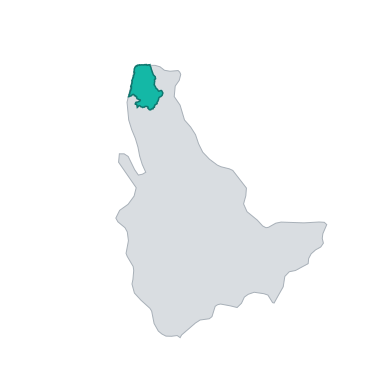 Salvaleón de Higüey, La Altagracia, Dominican Republic shown in context, rotated 240°
{"feature_id": "3306468B87904766376188", "entity_name": "Salvaleón de Higüey", "entity_type": "district", "adm_level": 2, "iso_a3": "DOM", "parent_name": "Dominican Republic", "parent_adm1": "La Altagracia", "projection": "natural_earth1", "projection_center": [-68.511, 18.662], "detail": "fine", "context": "in_parent", "style": "filled", "palette": "teal", "viewbox_px": 384, "rotation_deg": 240, "n_neighbors": 0, "source": "geoboundaries", "source_scale": "gbopen_adm2", "svg_char_len": 6194}
<svg xmlns="http://www.w3.org/2000/svg" viewBox="0 0 384 384"><g transform="rotate(240 192 192)"><path d="M71.9,256.8L72.3,242.3L74.3,236.4L72.5,230.2L64.3,223.6L59.3,215.1L54.8,207.6L55.9,206.5L64.8,206.2L68.0,203.4L74.1,195.7L75.3,189.5L74.8,184.8L70.9,179.2L69.4,173.3L74.3,168.2L80.7,160.7L81.6,157.8L81.4,154.9L74.1,147.0L73.6,143.6L77.1,135.0L76.8,129.3L73.4,111.5L71.8,108.9L75.1,107.4L77.3,102.1L80.2,97.4L84.1,94.9L88.4,93.3L97.0,93.4L109.0,97.5L112.3,97.4L123.8,93.7L133.3,91.6L142.3,94.0L145.9,97.2L153.2,102.3L156.9,103.8L168.6,103.7L171.8,104.2L181.6,112.6L189.8,116.0L194.6,116.1L203.2,112.9L207.5,113.0L212.3,120.2L213.3,130.5L217.4,139.8L223.6,145.8L254.5,143.3L261.4,148.2L259.0,152.3L254.6,154.5L240.0,153.5L233.5,154.0L232.2,158.0L232.2,161.8L240.8,162.7L249.2,164.6L257.8,167.6L266.5,169.7L276.3,171.0L286.0,173.2L302.2,180.6L320.0,197.3L324.8,201.2L327.9,206.4L326.4,212.9L320.0,223.5L316.4,226.9L311.2,229.0L307.6,233.3L304.1,240.7L301.9,241.3L299.4,241.0L295.1,236.8L292.1,230.4L283.5,224.3L273.2,225.1L258.1,221.5L249.0,223.3L239.9,223.7L230.5,221.8L221.1,221.2L211.7,223.5L202.6,227.4L199.3,229.8L193.4,235.9L190.3,238.1L168.2,241.1L161.8,236.7L155.9,230.7L147.4,229.8L135.0,234.5L127.3,236.2L124.1,238.2L123.2,240.5L123.1,249.0L121.4,254.1L109.3,273.5L102.4,287.2L99.6,291.4L96.4,292.4L90.5,284.5L86.7,281.6L82.0,280.2L80.0,276.0L80.1,270.1L78.9,264.3L76.1,259.8L71.9,256.8Z" fill="#d9dde1" stroke="#a8b0b8" stroke-width="1"/><path d="M284.2,201.8L285.2,202.4L285.3,202.6L285.3,202.9L285.5,203.1L285.7,203.3L286.1,203.8L286.0,204.3L286.0,204.6L285.9,205.7L286.0,206.0L286.7,206.1L286.9,206.3L287.3,206.9L287.6,207.8L288.1,208.2L288.5,208.9L288.9,209.2L289.1,209.6L289.5,209.8L289.8,209.9L289.9,210.0L290.0,210.4L290.3,210.8L290.4,211.1L290.4,211.9L290.2,212.5L290.3,212.9L290.6,214.4L292.1,216.1L292.4,216.3L292.5,216.3L294.6,216.4L295.1,216.3L295.3,216.1L295.7,215.1L295.7,214.1L295.8,213.8L295.9,213.6L296.4,213.4L298.3,213.4L299.5,212.7L300.0,212.7L300.4,212.9L300.8,212.9L303.1,212.9L303.8,212.8L304.2,213.4L305.3,214.0L306.3,214.9L306.8,215.2L307.3,215.3L308.2,215.8L308.3,215.9L308.3,216.1L308.2,216.5L308.1,216.8L308.2,217.0L308.3,217.1L309.1,217.4L309.7,217.5L310.3,217.8L311.1,217.5L311.8,217.4L312.5,217.1L313.2,217.2L314.1,217.3L314.7,217.5L315.5,217.5L316.0,217.7L316.9,217.8L317.4,218.0L318.6,218.1L319.7,218.5L320.2,218.6L320.7,218.8L322.6,218.8L323.3,219.2L323.4,218.8L323.4,218.7L323.6,218.5L323.6,218.3L323.7,218.2L323.8,217.9L323.6,217.9L323.8,217.8L323.8,217.7L324.0,217.6L324.0,216.7L324.2,216.4L324.4,216.4L324.5,216.6L324.7,216.4L324.9,216.4L325.0,216.2L325.1,215.9L325.3,215.9L325.3,215.7L325.4,215.4L325.5,215.4L325.5,215.1L325.7,214.7L325.9,214.5L326.1,214.4L326.1,214.2L326.2,213.6L326.3,213.5L326.5,213.3L326.6,213.1L326.8,212.7L327.1,212.3L327.3,212.0L327.5,211.5L327.5,211.3L327.6,211.2L327.8,210.9L327.9,210.7L328.0,210.6L327.9,210.5L327.9,210.4L328.1,210.5L328.5,209.9L328.5,209.6L328.6,209.2L328.8,208.9L328.8,208.7L329.0,208.4L328.9,208.3L329.0,208.0L329.0,207.9L328.9,207.9L328.9,208.0L328.7,208.0L328.6,207.8L328.6,207.7L328.9,207.7L328.9,207.8L329.0,207.8L329.1,207.6L329.0,207.3L329.1,207.2L329.1,206.7L329.0,206.4L328.8,206.4L328.7,206.3L328.7,206.1L329.0,206.1L329.0,205.8L328.8,205.6L328.7,205.4L328.5,205.2L328.4,205.1L328.4,204.8L328.3,204.7L327.8,204.1L327.7,204.0L327.6,203.7L327.4,203.6L327.2,203.5L327.1,203.4L326.8,203.1L326.5,203.1L326.3,203.0L326.1,202.8L326.0,202.6L325.9,202.5L325.8,202.4L325.6,202.3L325.5,202.2L325.4,202.2L325.2,202.0L325.1,201.8L324.9,201.7L324.8,201.9L324.6,202.1L324.3,202.1L324.1,202.0L323.8,201.7L323.7,201.7L323.5,201.4L323.2,201.1L322.9,200.9L322.7,200.7L322.4,200.1L322.0,199.4L321.9,199.4L321.7,199.3L321.5,199.2L321.1,198.9L320.9,198.6L320.7,198.6L320.5,198.4L320.4,198.4L320.3,198.2L320.2,198.0L320.3,197.7L320.2,197.6L320.0,197.4L319.9,197.4L319.7,197.2L319.5,196.9L319.3,196.7L319.2,196.5L319.0,196.4L318.9,196.2L318.6,195.7L318.4,195.5L318.0,195.6L317.7,195.5L317.7,195.4L317.4,195.3L317.2,195.1L316.9,194.9L316.7,194.8L316.6,194.5L316.4,194.3L316.2,194.3L316.2,194.2L315.9,193.9L315.6,193.7L315.4,193.4L315.2,193.2L314.7,192.8L314.6,192.6L314.4,192.4L314.3,192.2L314.3,191.9L314.2,191.8L314.1,191.7L313.9,191.6L313.7,191.8L313.7,192.0L313.3,192.2L313.2,192.1L313.0,191.9L312.8,191.6L312.5,191.6L312.3,191.5L312.3,191.4L312.1,191.3L312.2,191.2L311.9,191.0L311.9,190.9L311.5,190.5L311.3,190.4L311.2,190.2L311.0,189.9L310.8,189.9L310.7,189.6L310.7,189.4L310.5,189.2L310.3,189.2L310.2,189.1L310.2,188.9L310.0,188.7L309.7,188.5L309.7,188.4L309.5,188.2L309.4,188.0L309.2,187.9L309.0,187.7L308.9,187.6L308.7,187.4L308.4,187.4L308.2,187.2L308.0,186.9L307.9,186.6L307.9,186.4L307.7,186.4L307.5,186.2L307.4,186.2L307.2,186.2L307.0,185.9L306.9,186.0L306.7,185.8L306.5,185.7L306.8,185.7L306.8,185.8L306.9,185.7L306.7,185.3L306.6,185.1L306.5,184.9L306.3,184.7L306.2,184.9L306.0,185.4L306.0,185.6L306.1,186.0L306.1,186.3L305.7,186.9L305.7,187.3L305.7,188.0L306.0,188.5L306.1,188.8L306.1,189.5L306.0,189.8L305.6,190.3L305.0,190.5L304.4,190.2L304.2,190.2L304.1,190.3L303.8,190.9L303.6,191.3L303.2,191.3L302.8,191.1L302.7,191.1L302.0,191.7L301.8,191.7L301.5,191.4L300.7,191.1L300.2,191.1L299.5,191.7L298.9,192.0L298.4,192.4L298.1,192.7L297.9,193.1L297.7,193.2L297.4,193.2L297.1,192.9L296.9,192.5L296.8,192.2L296.8,191.7L297.0,191.1L297.1,189.6L297.5,189.0L297.7,188.5L297.6,188.2L297.3,187.6L296.8,187.0L296.5,186.8L296.3,186.8L296.2,186.9L296.2,187.6L295.8,187.8L295.4,187.8L294.9,187.6L294.3,187.7L293.9,187.4L293.4,187.2L292.6,186.9L292.7,187.5L293.2,188.8L293.3,189.1L293.2,189.3L292.7,190.0L292.0,190.1L291.6,190.3L291.3,190.4L290.6,191.2L289.8,191.6L289.9,192.0L289.8,192.4L289.4,192.9L289.3,193.2L289.3,193.5L289.6,193.9L289.6,194.1L289.4,194.5L289.0,195.1L288.8,195.5L288.6,195.8L288.2,196.1L287.8,196.4L287.6,196.4L287.3,196.4L287.1,196.2L286.9,195.8L286.7,195.7L286.3,195.9L285.6,196.0L285.2,196.1L284.6,196.2L284.5,196.3L284.3,196.6L284.0,196.9L283.9,197.3L283.8,197.5L283.9,197.8L284.2,198.1L284.2,198.6L284.1,198.8L283.8,199.2L283.6,199.6L283.5,199.8L283.7,200.1L283.9,200.3L284.3,200.5L284.5,200.8L284.5,201.0L284.2,201.8Z" fill="#14b8a6" stroke="#0f766e" stroke-width="1.5"/></g></svg>